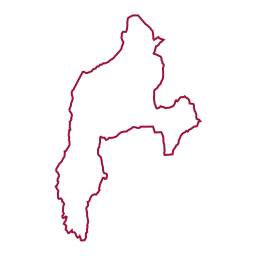 Indiara, Goiás, Brazil
{"feature_id": "56859067B57981845225789", "entity_name": "Indiara", "entity_type": "district", "adm_level": 2, "iso_a3": "BRA", "parent_name": "Brazil", "parent_adm1": "Goiás", "projection": "equal_earth", "projection_center": [-49.96, -17.208], "detail": "fine", "context": "isolated", "style": "outline", "palette": "rose", "viewbox_px": 256, "rotation_deg": 0, "n_neighbors": 0, "source": "geoboundaries", "source_scale": "gbopen_adm2", "svg_char_len": 4631}
<svg xmlns="http://www.w3.org/2000/svg" viewBox="0 0 256 256"><path d="M80.7,240.0L81.5,240.6L82.8,240.2L84.1,240.4L84.9,239.8L86.1,237.0L85.8,235.0L86.0,233.1L87.2,232.2L87.0,229.2L87.6,227.1L87.2,225.7L87.6,223.8L88.1,222.6L88.1,220.6L87.7,218.9L87.4,217.3L87.1,215.9L87.2,214.2L87.0,212.1L86.3,209.3L86.5,207.5L87.4,206.5L88.1,205.3L88.0,203.7L87.6,202.0L88.7,201.7L89.4,200.8L90.2,198.6L90.8,197.0L91.5,195.9L92.7,194.9L94.5,194.3L96.0,194.7L97.1,193.3L98.1,192.5L98.6,191.2L99.6,190.2L99.0,188.5L99.5,186.8L99.9,184.6L100.5,183.2L101.1,181.9L102.0,179.9L102.9,177.9L104.0,177.8L104.8,178.9L106.3,178.7L106.9,176.4L106.9,174.2L104.0,172.9L103.3,171.5L103.0,169.3L102.9,166.9L102.4,165.4L101.9,163.5L101.8,161.4L101.4,159.4L101.0,157.6L99.5,155.8L98.5,155.0L97.9,153.2L98.1,151.2L98.0,149.8L98.4,148.2L99.3,147.2L99.3,145.5L99.6,144.1L100.1,142.4L100.0,140.6L100.2,137.4L101.0,136.7L102.2,137.7L103.4,137.7L104.5,137.7L106.0,139.9L107.7,139.3L109.1,137.8L110.8,137.9L112.7,137.7L113.9,137.4L115.4,136.9L116.9,136.1L118.4,134.4L120.8,132.5L122.5,131.9L124.7,131.5L126.7,131.5L128.3,130.0L130.9,128.8L132.9,127.1L135.5,127.3L138.0,128.1L139.8,127.7L140.7,126.7L153.0,126.6L154.8,132.4L158.5,132.3L159.6,132.3L161.2,132.2L161.9,133.5L163.2,136.7L163.4,139.0L163.4,141.8L164.2,144.5L164.4,147.7L164.7,150.8L164.1,153.0L164.7,155.0L172.5,154.4L172.9,152.0L173.2,150.2L174.2,148.9L175.5,147.0L176.3,145.3L177.4,144.8L178.2,143.7L178.6,142.3L178.7,140.9L179.6,138.8L180.4,137.1L180.7,135.8L181.6,134.8L182.2,133.7L183.6,132.9L185.3,132.1L186.3,130.9L187.7,131.6L189.0,129.8L190.6,129.2L193.0,127.4L194.2,126.5L195.8,126.5L197.1,126.0L197.8,124.1L198.6,121.7L200.3,121.2L198.9,119.5L197.7,119.3L196.7,118.9L196.2,117.3L196.4,115.1L195.9,113.6L195.5,112.0L194.7,111.0L193.9,107.7L194.0,105.4L193.4,104.0L191.4,103.7L189.7,103.5L189.4,101.5L189.0,100.0L188.0,98.7L186.6,97.9L185.5,97.2L184.7,96.3L183.8,97.0L182.4,97.1L181.0,97.1L180.1,97.9L179.1,98.9L178.3,100.5L177.3,101.3L176.2,100.3L175.4,101.1L175.1,102.8L174.3,104.5L173.1,106.1L171.3,106.9L170.3,107.4L169.2,107.7L166.7,107.8L165.4,108.2L164.5,107.6L163.3,106.9L161.9,106.9L160.7,106.2L158.6,108.1L157.1,108.5L155.9,107.4L155.6,105.6L154.6,103.7L154.4,101.4L154.0,99.2L154.0,97.3L154.2,94.8L154.1,91.8L154.5,90.1L156.1,88.8L157.6,87.5L158.6,85.7L159.4,84.8L160.3,84.3L160.9,82.6L161.6,81.1L162.2,79.9L162.8,78.7L163.1,76.8L163.2,74.6L163.2,72.5L163.1,71.0L162.8,69.3L163.3,67.1L163.8,65.3L163.4,64.1L162.4,63.1L162.4,61.4L161.5,60.1L161.4,57.9L160.6,56.6L159.3,56.0L157.8,55.2L155.6,54.2L154.7,54.1L153.7,53.6L154.4,52.0L155.0,50.5L155.6,48.0L155.9,46.4L157.4,45.9L158.2,45.1L159.3,43.8L160.3,42.3L161.3,41.9L162.3,40.9L163.6,39.8L162.4,39.3L160.6,38.8L159.2,38.2L158.6,37.2L157.5,37.4L156.2,38.4L155.3,39.1L154.0,39.9L153.3,38.5L153.3,35.6L152.9,33.1L152.6,31.1L151.0,29.3L150.1,27.8L148.9,26.8L148.0,26.0L147.2,25.2L146.3,24.7L144.7,23.2L138.1,15.4L132.9,15.4L129.8,17.0L128.2,17.9L127.7,19.4L127.3,22.6L127.4,25.7L126.9,29.3L126.1,31.8L125.0,31.9L122.8,31.9L121.8,33.6L121.8,35.8L121.4,37.7L122.4,40.4L123.5,42.2L122.9,44.3L122.0,46.0L121.5,48.4L120.9,49.6L118.8,52.1L117.7,53.5L115.5,55.7L114.6,56.7L113.6,58.1L111.9,59.2L110.2,60.2L108.5,61.9L107.1,62.5L106.0,62.9L104.9,63.4L103.2,63.3L101.7,64.7L100.1,64.6L98.7,66.4L96.7,66.7L95.7,68.5L93.9,69.0L92.9,69.5L91.9,71.0L90.4,71.8L88.4,72.5L87.3,73.0L85.6,72.8L84.0,71.9L82.7,71.9L81.6,74.0L74.1,88.3L73.5,89.7L72.4,90.5L71.7,92.5L71.8,94.6L72.5,96.6L72.7,99.1L71.9,101.5L71.1,103.3L71.0,105.3L70.2,107.3L69.4,109.3L69.8,111.2L70.9,112.7L71.7,114.1L71.9,115.8L71.2,118.1L71.4,119.4L70.8,120.6L69.7,121.9L70.1,123.2L69.7,125.1L69.8,127.4L70.4,129.8L69.1,130.3L69.2,132.2L68.7,133.9L68.8,135.8L69.3,137.4L68.9,139.7L69.4,140.9L69.5,142.7L69.6,144.5L68.7,146.6L68.1,147.6L67.2,148.9L66.1,150.8L64.6,151.4L64.8,153.4L64.4,156.7L63.5,158.0L62.8,159.2L61.4,161.9L60.6,162.6L59.4,163.7L58.5,165.2L57.5,167.0L56.5,168.5L56.2,169.8L56.4,171.3L58.0,172.9L58.9,174.9L58.8,176.8L57.8,178.6L57.4,180.8L58.4,181.8L58.1,183.2L57.4,184.2L57.0,185.4L55.7,186.6L56.4,187.7L57.2,189.4L58.3,190.6L58.2,192.0L57.8,193.6L58.0,195.0L58.0,196.5L58.2,198.1L58.9,198.9L60.7,198.4L62.3,200.1L62.1,201.4L63.3,202.4L64.2,204.0L63.2,206.5L63.1,209.1L62.9,211.4L63.8,213.4L63.3,214.9L62.4,215.7L62.4,217.5L63.5,218.0L64.5,217.4L65.8,216.5L66.8,217.3L65.9,219.1L65.5,221.2L64.5,222.1L63.8,223.9L65.2,224.7L66.4,226.2L66.0,227.8L65.6,229.4L66.9,230.7L67.6,232.1L68.3,233.1L69.3,232.8L71.9,230.2L72.3,232.2L73.3,232.3L74.6,232.4L75.5,233.6L76.1,235.6L77.4,237.6L79.0,237.1L79.7,236.1L80.5,237.9L80.7,240.0Z" fill="none" stroke="#9f1239" stroke-width="2"/></svg>